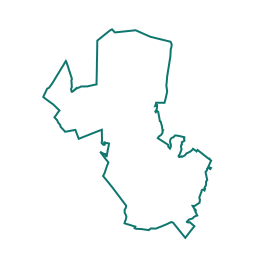 outline of San José Chiltepec, Oaxaca, Mexico, rotated 191°
{"feature_id": "50627088B5602491796839", "entity_name": "San José Chiltepec", "entity_type": "district", "adm_level": 2, "iso_a3": "MEX", "parent_name": "Mexico", "parent_adm1": "Oaxaca", "projection": "orthographic", "projection_center": [-96.132, 17.914], "detail": "fine", "context": "isolated", "style": "outline", "palette": "teal", "viewbox_px": 256, "rotation_deg": 191, "n_neighbors": 0, "source": "geoboundaries", "source_scale": "gbopen_adm2", "svg_char_len": 5374}
<svg xmlns="http://www.w3.org/2000/svg" viewBox="0 0 256 256"><g transform="rotate(191 128 128)"><path d="M213.2,152.4L214.7,151.3L214.9,151.1L215.2,149.8L215.7,147.7L216.4,145.2L216.6,144.5L217.1,142.3L216.4,141.9L215.9,141.7L215.7,141.6L215.4,141.4L214.3,140.8L213.4,140.4L212.4,139.9L206.6,137.2L205.8,136.8L203.2,135.1L200.3,133.2L199.0,132.4L198.6,132.1L199.8,129.8L200.7,127.6L201.1,126.7L201.6,125.7L202.2,124.4L198.9,122.0L197.6,120.0L195.0,117.9L194.8,117.1L194.4,116.3L189.7,112.9L189.0,112.3L179.3,116.1L174.3,108.0L156.8,119.2L154.5,120.6L153.4,121.3L152.5,117.2L151.9,114.3L151.5,112.6L151.1,110.7L151.0,110.3L151.1,108.4L149.6,107.1L148.7,106.8L148.3,106.9L148.3,107.2L147.9,107.1L147.7,107.2L147.7,107.7L148.3,108.0L148.3,108.4L148.6,109.3L148.2,109.5L148.0,108.9L147.8,108.7L147.5,108.7L146.3,109.0L145.8,109.3L144.3,109.2L144.0,109.1L143.6,109.1L143.6,107.5L143.6,106.5L143.6,106.1L143.6,105.8L143.6,104.8L143.7,104.5L143.6,104.0L143.7,103.4L143.6,103.2L143.7,102.6L143.8,102.3L143.6,101.7L143.6,101.3L143.6,98.2L143.5,97.1L143.6,96.6L143.6,96.4L144.0,96.5L144.2,96.3L144.4,96.5L144.4,96.8L144.4,97.0L144.8,97.3L144.8,97.6L145.0,97.7L145.0,98.0L145.3,98.0L145.4,97.6L145.7,97.9L145.9,97.9L146.0,97.8L146.1,98.0L146.4,97.9L150.8,99.3L148.6,97.4L143.5,92.8L143.2,92.6L142.2,91.8L140.7,90.5L141.5,86.1L142.3,79.8L143.1,76.6L143.3,76.1L137.7,71.5L131.8,66.5L114.9,51.3L114.9,49.2L115.7,47.1L115.2,44.4L113.8,42.6L112.6,40.4L112.7,37.5L113.0,36.3L113.3,33.9L112.7,33.7L110.1,33.4L109.6,33.4L106.8,33.1L105.3,32.9L104.3,32.8L102.0,32.6L102.5,31.0L101.0,30.6L97.6,31.1L96.3,31.2L96.2,31.3L94.9,31.4L94.5,31.4L94.4,31.4L93.5,31.5L92.1,31.5L90.8,31.6L89.5,31.7L88.2,31.7L88.2,31.8L86.3,33.8L81.6,34.5L75.9,38.1L71.3,41.2L69.5,42.5L67.5,44.0L65.6,43.6L50.8,31.1L47.8,37.1L47.5,37.7L47.4,38.0L46.1,40.4L45.9,40.9L45.3,41.9L44.7,43.1L44.1,44.3L47.8,46.4L49.3,47.3L49.5,47.0L50.3,46.9L51.0,47.1L51.5,46.8L52.0,47.1L52.2,46.9L52.8,46.5L50.6,49.8L50.3,50.0L49.9,50.2L47.2,51.6L46.4,53.2L45.1,54.3L44.2,54.8L43.3,55.3L43.8,55.9L44.0,56.2L45.4,58.1L45.5,58.2L45.5,58.5L45.9,58.7L46.0,58.9L45.7,60.1L45.9,60.3L46.4,60.8L47.1,60.5L47.5,61.4L47.8,61.9L48.4,62.3L48.7,62.7L49.0,63.1L49.2,63.3L49.7,63.9L47.7,64.2L43.5,68.3L43.7,71.6L43.8,71.7L44.2,72.1L44.6,72.8L44.7,73.4L44.7,73.9L44.5,74.6L44.5,74.9L44.4,75.1L44.0,78.1L43.7,79.2L43.8,80.7L43.7,81.1L43.2,81.7L42.4,81.8L41.0,81.2L40.8,82.8L41.5,82.7L41.4,84.0L41.2,85.0L40.6,86.3L40.7,87.9L40.8,88.8L41.2,90.1L40.3,92.0L41.6,95.0L41.9,95.9L43.3,99.0L43.5,99.7L43.1,100.3L42.8,100.8L42.5,101.3L42.5,102.0L42.6,102.9L42.4,103.4L41.9,104.0L41.7,104.0L41.3,104.0L39.4,103.4L38.9,104.6L41.8,105.1L41.4,106.7L40.9,108.9L40.5,110.5L40.2,111.9L40.7,112.1L41.4,112.5L41.6,112.9L41.7,113.1L41.9,113.2L42.2,113.4L42.6,113.1L43.2,113.4L45.5,114.5L46.3,115.0L47.2,115.4L48.0,115.8L48.9,116.3L49.7,116.7L50.5,117.1L52.2,118.0L53.1,118.4L53.8,118.8L55.5,119.7L56.3,118.1L56.9,118.5L57.9,118.9L59.5,119.7L59.7,119.8L60.2,120.0L60.6,119.1L61.0,118.4L61.9,117.3L62.1,117.0L62.3,116.8L62.7,116.5L64.9,114.8L65.3,114.5L65.6,114.3L65.8,114.2L66.2,113.4L67.0,111.9L69.5,110.0L70.0,110.4L70.9,110.0L71.5,109.5L72.1,109.3L72.5,109.4L72.8,109.6L73.0,110.0L73.0,110.6L72.7,110.9L72.2,112.3L71.9,113.9L71.7,115.3L71.5,116.4L71.3,117.5L71.7,118.1L72.1,118.7L72.3,119.4L72.5,120.3L72.5,121.4L72.3,121.9L71.9,122.1L71.9,122.3L72.1,122.8L72.3,123.4L72.4,124.2L72.2,124.7L71.9,125.0L71.1,125.2L70.8,125.5L70.3,126.0L70.2,126.5L70.3,127.0L70.6,127.4L70.9,127.7L71.0,128.3L70.8,128.8L70.9,129.7L75.8,129.9L78.6,129.9L80.3,129.7L81.0,128.7L81.3,127.9L82.0,127.4L83.0,126.8L84.0,125.5L84.2,124.2L84.2,123.2L84.0,122.1L83.8,121.5L83.1,120.7L82.6,119.4L82.4,118.1L82.6,116.8L82.9,115.8L85.0,117.5L85.1,118.3L85.2,119.1L96.8,123.7L96.3,125.1L95.9,125.8L94.3,127.3L93.4,129.2L93.2,130.2L93.4,130.8L93.4,131.2L93.2,132.4L93.7,132.3L93.8,132.8L94.6,134.9L94.7,135.6L97.2,140.6L98.1,140.9L99.1,143.7L101.5,149.7L102.9,150.4L103.7,148.8L104.3,149.3L103.5,151.5L103.4,153.0L103.8,155.8L105.5,154.8L105.2,156.9L105.2,158.2L104.7,158.3L97.0,159.7L96.7,164.0L96.5,171.3L98.5,177.1L98.7,179.9L99.4,186.3L99.8,198.5L100.1,206.8L100.9,212.2L101.1,213.7L100.9,214.7L100.9,216.6L101.0,217.5L101.0,218.2L101.8,219.6L102.7,220.8L123.4,221.8L139.2,225.4L159.1,219.3L162.5,221.8L164.0,220.7L174.4,208.4L174.8,207.9L171.7,190.5L171.6,190.1L171.2,187.4L171.2,187.2L170.7,184.7L170.3,182.5L170.0,181.0L170.0,180.6L169.7,179.2L169.5,178.1L169.3,176.7L169.1,175.7L169.0,175.3L168.5,172.1L168.4,171.5L168.3,171.0L168.2,170.5L168.1,170.0L168.0,169.5L167.9,169.0L167.9,168.5L167.7,167.5L167.6,166.7L167.2,164.8L168.0,164.5L171.3,163.1L171.7,162.9L174.3,161.8L174.5,161.7L175.4,161.2L181.8,159.8L182.4,159.6L183.1,158.8L184.1,158.3L186.2,156.9L187.1,155.8L187.1,156.2L188.1,154.9L189.4,153.1L189.9,152.8L190.3,152.9L191.3,155.3L191.0,157.4L191.0,157.6L192.0,161.6L192.3,162.6L192.7,164.1L192.4,164.9L192.4,165.1L192.7,166.1L193.4,167.3L193.6,167.7L193.7,167.9L193.9,168.1L194.4,169.1L195.3,170.7L195.9,171.8L196.4,172.7L197.0,173.7L198.1,175.9L198.3,176.2L198.6,176.8L199.5,178.3L199.9,178.9L200.2,179.4L200.2,179.5L200.7,180.4L200.8,180.6L201.2,181.2L201.8,181.9L202.4,180.3L202.9,178.8L203.4,177.5L203.7,176.6L204.6,174.3L205.1,173.1L206.3,169.6L206.8,168.3L207.5,166.5L208.3,164.4L208.9,162.7L209.6,160.7L210.8,157.5L213.2,152.4Z" fill="none" stroke="#0f766e" stroke-width="2"/></g></svg>